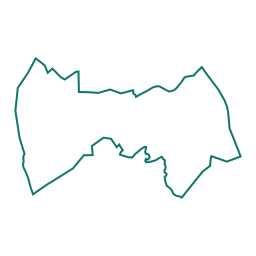 Isa, Sokoto, Nigeria (Equal Earth projection)
{"feature_id": "59680162B66631777088899", "entity_name": "Isa", "entity_type": "district", "adm_level": 2, "iso_a3": "NGA", "parent_name": "Nigeria", "parent_adm1": "Sokoto", "projection": "equal_earth", "projection_center": [6.414, 13.208], "detail": "fine", "context": "isolated", "style": "outline", "palette": "teal", "viewbox_px": 256, "rotation_deg": 0, "n_neighbors": 0, "source": "geoboundaries", "source_scale": "gbopen_adm2", "svg_char_len": 2246}
<svg xmlns="http://www.w3.org/2000/svg" viewBox="0 0 256 256"><path d="M60.2,176.4L73.1,168.3L83.8,155.3L92.7,155.1L91.9,146.0L103.5,137.7L111.1,138.8L112.9,141.5L113.8,142.9L116.8,147.1L119.1,144.5L122.8,150.2L120.8,152.1L119.9,154.7L129.0,157.4L129.9,157.2L130.9,157.3L132.1,157.6L134.9,154.3L141.7,148.6L144.9,146.7L145.8,146.8L146.1,147.1L146.1,148.2L146.0,148.5L145.7,149.1L145.5,150.1L145.3,151.2L145.3,152.3L145.5,153.2L145.5,153.3L145.7,153.6L146.1,154.0L146.6,153.8L146.9,153.8L147.8,154.0L148.4,154.6L149.0,155.0L149.2,155.8L149.8,157.1L149.2,158.0L148.3,159.4L147.7,159.4L146.8,159.7L146.3,158.8L145.9,158.9L145.6,159.6L145.4,160.3L145.4,161.3L145.9,162.2L148.8,162.2L152.4,161.2L154.1,160.8L156.1,160.0L157.1,159.5L157.6,159.0L159.6,157.9L161.6,156.8L162.4,157.5L163.0,158.5L163.4,159.2L163.6,159.5L164.0,159.8L164.6,159.9L164.9,160.4L164.9,161.3L164.9,162.1L164.7,162.9L164.6,163.4L164.5,163.7L164.9,164.4L165.3,165.5L165.5,166.3L165.5,167.2L165.6,167.8L165.4,168.6L164.9,169.6L164.5,170.4L164.4,171.0L164.5,171.7L164.7,172.4L165.4,173.0L166.2,173.4L166.6,174.1L166.5,174.9L166.2,175.6L165.6,176.1L165.0,176.5L164.6,177.2L164.8,178.2L165.3,181.1L166.2,184.3L167.2,186.2L169.2,187.6L171.1,189.4L172.0,190.8L173.4,193.8L175.9,195.6L179.8,196.5L181.8,197.6L188.9,188.6L202.9,171.3L210.1,165.9L210.4,161.7L210.8,158.2L211.4,156.2L226.9,161.6L240.6,156.5L239.4,153.2L237.1,147.4L232.7,136.2L229.6,128.5L228.2,112.7L227.1,107.0L224.6,100.5L218.3,89.4L209.0,77.2L204.0,70.3L201.7,67.1L195.5,73.4L193.7,75.6L188.7,76.3L185.6,77.0L184.6,77.3L181.3,82.3L178.0,86.2L176.5,88.1L175.8,88.8L173.7,90.4L170.1,91.3L168.9,91.5L163.4,88.6L159.7,86.5L157.5,86.2L153.5,87.1L150.3,88.9L148.1,90.3L141.2,93.9L136.0,96.9L135.8,96.1L135.5,95.0L133.7,93.9L133.2,92.9L133.3,91.3L133.1,90.2L120.9,93.4L110.1,89.5L98.3,92.9L88.3,92.2L78.9,92.0L78.5,71.5L77.5,71.6L75.7,72.0L64.7,79.5L60.8,77.2L56.2,72.5L52.4,68.6L47.8,72.8L44.6,65.3L35.8,58.4L27.9,72.9L17.8,87.9L15.4,110.7L19.5,137.7L24.5,153.8L23.3,156.8L23.4,158.8L23.6,161.1L23.5,162.4L23.1,163.5L23.1,165.6L23.3,166.8L24.9,170.3L26.5,173.9L26.5,174.0L27.5,176.2L28.8,180.3L29.7,184.0L31.0,188.6L32.5,192.6L33.0,194.3L48.4,183.6L51.6,181.8L60.2,176.4Z" fill="none" stroke="#0f766e" stroke-width="2"/></svg>